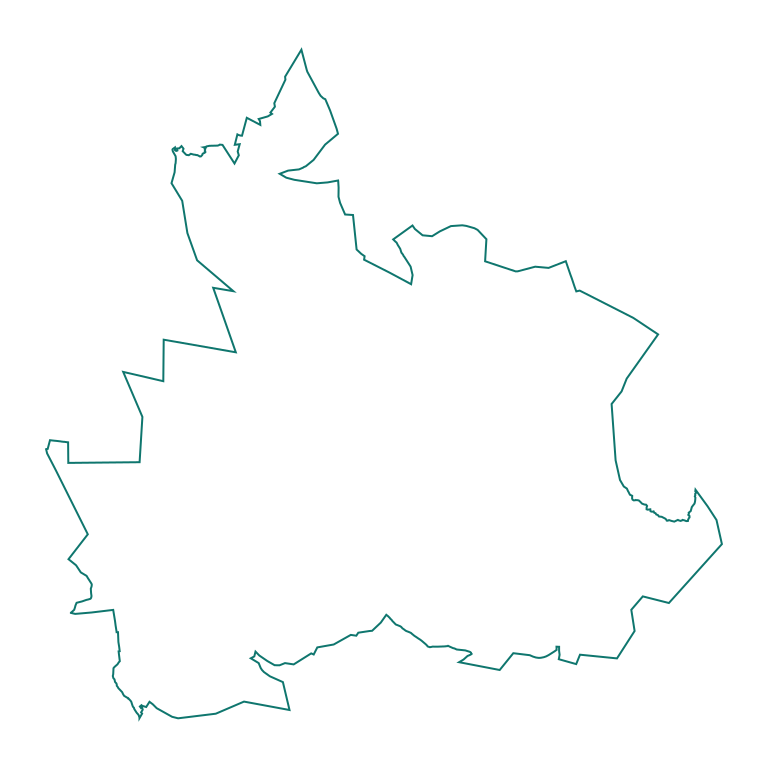 outline of Zaragoza, San Luis Potosí, Mexico
{"feature_id": "50627088B75959803312222", "entity_name": "Zaragoza", "entity_type": "district", "adm_level": 2, "iso_a3": "MEX", "parent_name": "Mexico", "parent_adm1": "San Luis Potosí", "projection": "albers", "projection_center": [-100.697, 22.039], "detail": "fine", "context": "isolated", "style": "outline", "palette": "teal", "viewbox_px": 768, "rotation_deg": 0, "n_neighbors": 0, "source": "geoboundaries", "source_scale": "gbopen_adm2", "svg_char_len": 6027}
<svg xmlns="http://www.w3.org/2000/svg" viewBox="0 0 768 768"><path d="M721.9,544.1L716.5,520.0L707.6,506.3L695.5,489.7L695.3,491.3L695.9,492.1L695.7,493.4L695.2,493.8L695.2,494.6L695.3,495.4L694.8,496.3L695.4,497.6L695.2,500.1L695.0,501.7L694.5,503.6L692.9,505.6L691.8,507.1L691.3,509.0L690.7,511.1L688.7,512.7L688.9,513.8L688.3,514.9L689.5,516.0L689.5,517.5L688.9,518.1L688.1,519.8L687.9,521.0L686.3,521.1L684.5,520.4L682.5,519.9L682.1,520.4L680.6,520.9L678.8,520.4L677.9,519.9L676.2,520.7L674.3,521.6L671.4,520.9L669.0,520.1L667.8,520.7L666.7,520.6L666.3,519.6L665.2,518.6L661.7,516.8L659.0,516.5L657.8,515.0L656.3,514.5L655.5,513.2L654.3,512.8L653.6,511.4L652.7,511.7L651.3,511.6L650.5,511.2L650.3,509.3L647.7,509.7L646.6,509.3L646.6,507.3L647.1,506.0L646.1,504.7L644.3,504.5L642.0,503.6L640.4,501.9L638.9,500.5L637.8,500.2L635.9,500.1L635.7,500.0L635.4,500.2L633.8,500.4L632.6,499.7L632.1,498.5L632.2,495.8L629.9,494.7L629.1,493.1L628.5,491.9L628.0,491.1L626.9,488.6L623.8,486.5L620.0,480.0L615.6,460.3L611.6,404.0L621.6,391.4L626.7,378.6L658.1,334.4L633.3,317.9L579.7,290.6L576.3,291.4L574.7,287.1L571.8,278.4L570.5,274.9L565.8,261.2L548.6,267.9L535.2,266.7L517.8,271.3L515.7,271.4L485.1,261.3L486.4,239.2L477.6,229.9L474.4,228.2L466.3,225.9L462.3,225.3L450.9,226.1L439.8,231.4L432.1,236.2L422.6,235.3L414.9,229.0L412.5,225.5L393.2,239.4L395.5,241.7L396.5,242.5L396.8,243.0L397.8,245.0L400.2,248.8L401.4,252.6L401.8,253.2L402.0,253.3L403.0,254.7L403.8,256.3L404.3,256.8L410.6,266.6L412.6,275.1L411.1,284.2L389.7,272.7L364.1,259.7L364.6,256.2L361.3,253.9L356.6,249.5L353.0,215.0L345.1,214.5L340.1,202.9L338.5,196.8L338.6,187.6L338.2,181.1L338.1,180.5L327.7,182.4L316.8,183.3L294.3,179.8L286.3,177.7L279.7,173.8L288.1,170.6L299.0,169.4L301.8,168.2L303.0,167.7L303.8,167.1L305.7,166.3L305.9,166.2L313.6,159.9L325.1,144.6L338.0,133.8L336.6,128.7L330.1,110.5L325.3,99.2L324.8,99.0L323.3,98.3L320.6,95.8L318.7,92.8L307.3,71.7L306.7,69.8L301.4,49.7L285.1,76.7L285.4,79.7L274.3,103.2L274.9,106.7L270.4,112.6L272.0,113.9L267.8,116.4L258.7,119.0L260.0,121.2L260.3,124.9L246.8,117.8L242.0,135.7L240.7,135.6L238.5,135.0L237.4,134.4L234.8,144.8L239.7,144.2L237.7,151.5L238.8,155.3L234.5,163.5L222.5,144.9L219.8,144.6L218.9,145.2L217.7,145.6L209.5,145.8L206.6,146.4L205.5,147.0L203.6,147.3L205.5,148.1L204.7,149.0L205.2,149.9L204.7,151.1L205.4,152.0L204.9,152.6L204.0,153.1L203.3,153.3L202.5,154.0L202.4,154.7L201.9,155.4L200.9,156.4L199.9,156.5L198.2,155.5L197.0,155.0L196.3,155.1L195.0,154.7L194.1,154.7L190.8,153.8L188.8,155.2L186.5,154.9L185.9,154.5L184.0,152.5L182.7,151.2L183.5,148.7L183.0,148.0L182.4,147.3L181.5,146.1L179.3,148.3L176.9,148.5L177.4,150.5L176.6,150.9L175.6,150.7L175.0,150.1L175.0,149.1L174.9,147.5L174.5,147.8L172.8,149.0L172.5,149.4L172.5,149.9L172.9,151.5L175.6,156.2L175.9,159.0L175.6,163.2L175.2,164.6L174.6,172.3L171.5,183.2L182.2,200.8L187.4,233.1L197.1,260.3L233.4,291.2L213.2,287.8L223.0,315.7L235.8,352.3L163.7,339.7L163.3,381.2L123.2,371.9L142.4,416.9L139.6,462.2L68.3,462.9L68.1,442.3L67.3,442.2L66.8,442.2L65.8,442.0L65.4,442.0L64.3,441.8L63.6,441.8L63.2,441.8L62.8,441.7L61.6,441.6L61.2,441.5L60.7,441.4L58.9,441.2L58.2,441.1L56.4,440.9L55.6,440.8L55.2,440.8L50.8,440.3L50.0,440.2L47.7,448.9L46.7,449.0L46.1,449.2L47.1,453.4L54.2,467.1L56.0,470.6L87.8,534.3L68.5,559.2L76.1,565.3L80.8,572.4L86.6,575.9L87.9,578.1L91.5,583.7L91.8,584.8L91.5,586.7L90.8,588.7L91.1,593.2L91.5,596.0L91.2,597.6L90.8,598.4L90.4,598.8L88.5,599.4L86.4,599.9L83.8,600.8L82.1,601.4L76.6,602.8L75.5,605.4L75.0,607.3L74.2,609.8L71.8,612.0L70.9,612.7L70.9,612.9L75.2,613.9L91.5,612.5L113.2,609.9L113.9,614.2L115.0,620.9L115.3,623.2L115.6,625.5L116.2,629.3L116.5,631.2L116.6,632.2L118.0,632.2L118.0,632.3L118.4,642.0L119.2,647.1L119.7,651.2L118.6,651.4L119.8,661.2L118.7,662.4L117.5,664.3L114.9,666.6L114.1,667.4L113.5,668.2L113.2,674.3L112.8,676.0L113.4,678.2L114.5,679.4L115.0,681.8L115.4,682.4L116.3,683.3L116.7,684.3L116.8,685.8L117.9,687.2L118.3,688.1L122.2,692.2L123.0,694.0L124.1,695.8L127.4,697.8L128.1,698.5L128.3,698.3L130.5,700.7L131.1,701.5L131.4,702.1L132.0,704.1L132.8,706.4L133.1,706.9L133.9,707.7L134.2,708.8L134.3,709.0L134.7,709.7L134.9,710.0L136.5,712.5L137.2,713.4L138.0,714.2L138.5,714.9L138.8,715.5L139.5,717.7L139.5,718.1L142.1,713.6L141.9,713.4L141.6,712.9L141.1,712.3L141.7,711.4L142.4,710.2L142.7,709.7L142.3,708.2L141.9,707.3L141.0,708.0L140.2,706.9L139.9,706.5L141.5,705.2L142.1,705.8L146.2,707.0L149.5,701.8L152.8,704.3L156.7,708.2L172.1,716.8L178.1,718.3L215.8,713.7L244.0,701.6L289.5,710.0L282.9,682.1L269.9,676.3L264.0,672.1L262.0,670.0L260.7,668.0L258.7,663.1L250.8,658.3L254.3,656.4L255.5,651.6L259.3,655.5L267.3,661.0L274.6,665.2L279.5,665.3L285.0,663.1L293.7,664.4L311.2,653.4L313.7,654.5L317.3,647.4L333.7,644.5L350.8,634.9L356.3,635.7L358.3,632.7L369.6,631.0L372.1,630.8L380.8,622.6L386.3,614.8L388.4,616.5L388.8,617.0L389.6,617.7L390.3,618.7L391.1,619.4L392.1,620.5L392.5,621.2L393.3,621.9L395.4,624.1L396.0,624.6L397.4,625.1L398.6,625.6L400.1,626.2L401.2,626.9L402.5,628.4L403.6,629.1L405.0,630.2L406.2,631.0L408.1,631.7L409.8,632.4L410.9,632.9L412.5,634.3L413.4,635.0L414.2,635.7L415.1,636.3L416.2,637.0L418.2,638.4L420.1,639.6L421.7,640.8L425.7,644.2L427.1,645.6L427.6,646.4L428.1,646.6L429.9,647.2L431.9,646.8L432.7,646.6L433.3,646.6L434.0,646.7L435.0,646.7L437.0,646.7L439.4,646.6L444.7,646.4L445.1,646.4L445.3,646.3L446.6,646.2L447.0,646.1L447.5,646.1L448.0,645.8L449.4,646.5L451.2,647.3L453.2,648.2L453.5,648.2L454.3,648.4L455.3,648.8L455.5,649.0L456.1,649.2L456.7,649.5L465.3,650.4L470.0,651.9L471.0,652.7L471.1,653.3L471.6,653.9L470.7,654.6L469.3,655.2L468.5,655.6L467.6,655.9L463.6,659.5L463.3,659.7L459.1,662.2L499.7,670.0L513.3,653.2L529.8,655.2L533.0,656.6L535.9,657.5L538.6,657.9L540.8,657.8L543.8,657.2L546.1,656.4L548.6,655.1L552.4,652.7L554.6,651.3L556.6,649.9L556.5,646.7L559.1,646.8L559.1,650.9L559.6,654.8L558.8,659.2L576.2,664.1L580.0,654.7L617.0,658.4L634.6,631.0L631.3,609.8L642.8,596.4L668.9,603.0L721.9,544.1Z" fill="none" stroke="#0f766e" stroke-width="2"/></svg>